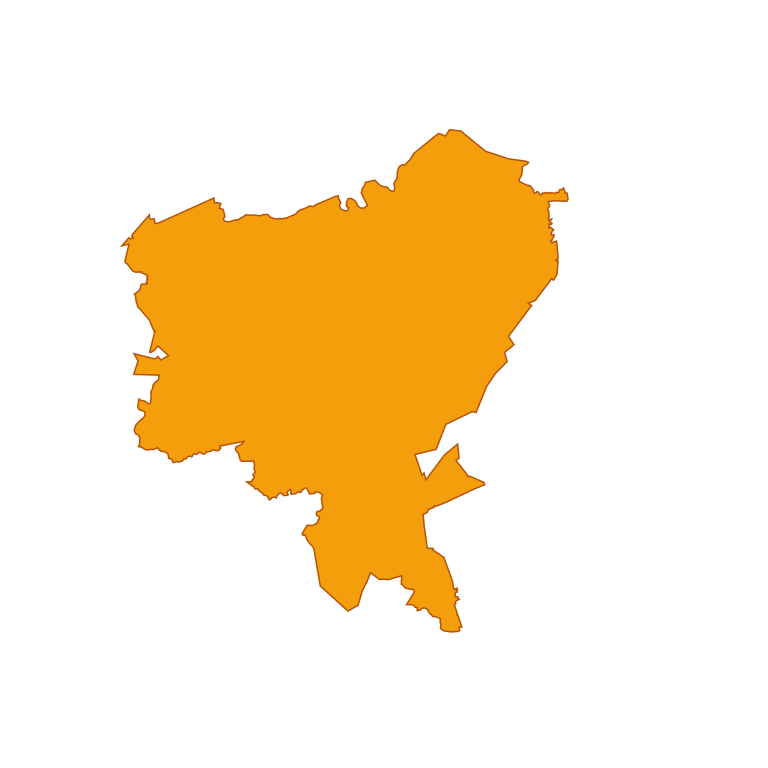 Buenavista de Cuéllar, Guerrero, Mexico, rotated 64°
{"feature_id": "50627088B77464015235470", "entity_name": "Buenavista de Cuéllar", "entity_type": "district", "adm_level": 2, "iso_a3": "MEX", "parent_name": "Mexico", "parent_adm1": "Guerrero", "projection": "natural_earth1", "projection_center": [-99.405, 18.469], "detail": "fine", "context": "isolated", "style": "filled", "palette": "amber", "viewbox_px": 768, "rotation_deg": 64, "n_neighbors": 0, "source": "geoboundaries", "source_scale": "gbopen_adm2", "svg_char_len": 6170}
<svg xmlns="http://www.w3.org/2000/svg" viewBox="0 0 768 768"><g transform="rotate(64 384 384)"><path d="M636.6,420.6L624.1,418.9L624.0,419.5L621.2,418.6L613.9,417.6L612.6,416.4L612.8,415.8L611.1,415.3L610.6,414.1L610.4,410.7L608.7,411.5L607.9,410.8L606.1,413.3L602.8,411.3L602.5,410.8L603.2,409.5L601.0,408.7L601.2,408.1L599.5,407.8L599.7,409.6L599.2,409.8L599.4,410.4L598.8,411.3L591.8,409.0L566.2,406.2L554.7,412.7L553.4,411.9L550.5,417.1L528.6,409.9L518.4,406.0L518.4,401.5L516.4,399.2L516.7,393.0L515.5,392.7L516.0,390.9L516.7,390.9L517.5,380.0L517.9,350.1L518.6,337.5L516.3,337.3L504.1,347.7L504.1,349.1L502.0,349.0L484.4,352.8L483.4,348.9L470.3,344.2L474.2,360.6L488.5,388.3L481.5,387.0L482.6,389.8L460.9,387.0L465.6,365.8L447.4,346.1L447.5,316.8L449.9,313.7L431.2,292.9L423.4,279.4L417.7,263.4L408.5,261.9L405.6,249.9L395.8,251.3L378.1,216.9L374.9,218.9L375.1,211.1L362.9,187.2L365.0,186.1L361.1,180.3L350.0,173.8L349.2,173.6L348.9,175.1L347.9,175.0L347.4,172.5L346.1,171.8L331.2,166.3L330.4,171.6L328.4,171.0L328.2,169.5L327.6,169.4L326.4,167.3L324.7,165.8L324.1,166.0L324.0,167.3L322.9,168.4L320.4,165.9L319.8,163.9L315.8,165.9L316.0,167.5L312.6,165.6L313.9,164.1L313.4,162.7L310.7,163.7L309.3,161.3L309.0,164.2L307.4,163.7L306.4,162.5L300.4,160.0L299.1,160.5L297.9,159.7L297.1,157.6L296.4,157.0L292.0,156.5L294.5,149.4L299.9,139.7L298.4,137.5L292.6,135.8L292.1,137.3L286.6,136.6L287.1,139.7L286.5,140.4L286.6,141.3L288.3,142.4L287.8,144.7L287.2,145.4L287.5,146.7L287.2,147.7L285.8,149.1L285.2,151.2L284.2,151.9L284.1,153.3L282.9,154.3L282.6,157.0L281.9,157.4L282.8,160.0L281.7,161.0L278.9,161.2L278.2,162.2L278.8,163.6L278.4,165.6L274.9,164.6L270.0,165.6L267.4,168.9L261.0,173.7L260.6,173.6L258.9,172.2L256.7,168.9L253.8,166.8L249.9,165.0L249.2,163.5L249.0,158.5L248.2,156.9L245.8,159.1L236.1,173.5L219.2,190.8L190.2,204.1L184.2,213.7L188.1,220.0L182.8,224.8L183.5,229.2L189.8,255.9L193.7,262.0L196.1,269.0L195.0,271.7L195.0,273.6L195.7,275.6L199.0,278.8L205.3,282.6L206.6,285.2L208.1,287.1L211.8,288.1L214.7,290.0L214.9,291.1L214.4,292.1L212.5,293.9L208.7,294.7L205.8,298.5L203.6,300.5L196.8,303.0L194.6,312.3L196.8,314.1L198.4,317.2L202.3,320.7L216.4,320.6L217.0,325.2L215.7,327.7L214.3,328.7L211.1,329.8L209.6,329.1L208.3,329.7L206.4,329.7L203.1,332.0L201.9,333.9L202.0,335.8L205.2,338.6L208.0,339.8L210.2,338.5L211.5,340.0L212.1,341.1L211.7,342.2L209.5,345.0L207.3,346.2L205.0,346.0L203.4,345.4L202.3,343.4L197.5,343.5L194.8,342.6L194.1,345.1L193.0,366.6L193.6,369.8L191.5,372.4L191.5,377.9L190.9,382.4L191.0,385.4L192.6,389.0L192.0,399.6L191.3,400.5L190.9,403.6L189.8,404.4L188.8,407.8L186.8,410.6L184.1,413.1L181.0,414.0L180.1,415.0L178.9,418.4L178.3,422.0L175.2,426.7L172.9,431.7L171.3,434.0L172.0,437.3L172.3,443.1L171.0,447.0L170.5,451.7L169.2,454.3L167.5,455.9L165.6,456.3L163.6,453.5L156.6,452.0L153.9,455.0L150.2,451.5L147.8,454.7L147.1,457.1L142.3,455.3L140.4,517.5L138.8,519.2L134.7,518.2L133.7,521.4L132.4,522.1L129.1,520.7L139.1,544.2L140.8,546.1L142.6,545.1L143.1,545.3L142.3,548.4L140.7,549.1L144.9,559.0L146.6,551.9L160.3,563.2L161.4,563.3L163.8,562.1L172.6,560.2L174.6,558.3L175.8,555.7L175.6,554.6L176.9,554.0L177.3,552.4L178.2,552.7L183.0,548.8L184.1,550.3L186.1,550.3L185.9,551.2L187.4,551.6L188.5,553.2L189.2,552.6L190.3,553.1L188.0,557.9L188.9,559.6L190.9,560.6L192.8,563.5L193.7,567.7L193.6,568.8L196.0,568.8L200.6,570.4L206.5,571.4L223.2,566.9L235.7,567.5L236.0,566.6L252.6,580.7L253.3,580.3L253.1,575.5L250.7,570.6L264.1,565.1L264.6,574.1L260.0,575.2L261.1,578.2L260.7,579.3L247.2,595.4L255.4,594.9L265.7,604.7L277.5,582.1L281.4,585.0L282.2,589.4L284.0,592.4L286.0,593.4L289.0,597.0L292.0,598.1L298.5,602.1L299.1,603.0L298.4,604.5L294.7,606.3L292.4,609.5L290.1,610.8L296.6,615.4L299.0,615.5L300.3,614.9L303.3,611.6L305.2,611.5L306.7,612.1L308.5,614.0L310.4,620.8L312.1,625.0L315.7,628.7L320.2,629.0L321.2,627.5L325.3,626.9L330.9,630.1L332.6,632.2L334.2,629.9L337.5,627.9L339.7,625.5L340.4,622.6L341.9,619.8L341.8,617.7L342.3,615.0L343.7,615.4L346.7,613.9L347.8,611.9L351.1,609.1L352.9,609.0L356.4,610.1L358.9,607.6L361.7,608.1L362.4,607.8L362.6,605.0L364.3,602.2L364.8,599.1L363.6,596.5L364.5,595.2L364.4,594.1L363.3,592.3L363.5,590.2L365.0,589.1L364.9,587.8L363.6,586.4L363.8,584.6L365.2,583.4L364.3,579.4L364.8,578.8L366.9,578.1L368.1,576.7L368.2,575.3L367.1,574.0L368.6,568.9L368.0,566.6L370.2,564.3L371.3,561.7L370.0,558.9L367.8,559.0L374.1,534.9L374.7,535.3L375.8,540.0L375.7,544.5L377.3,546.2L380.1,546.1L382.4,545.2L389.5,546.6L391.2,545.5L396.2,534.9L397.1,535.4L397.9,535.1L401.1,536.4L402.8,538.0L406.2,538.1L407.3,539.0L407.7,541.1L408.3,541.7L408.9,541.3L409.7,541.7L410.3,541.1L412.0,542.2L412.0,544.0L413.6,545.6L413.0,548.0L411.8,550.2L413.8,549.4L414.9,548.4L417.2,547.7L418.9,545.9L421.7,546.0L422.8,543.4L424.6,543.5L428.3,541.3L431.2,540.7L432.7,538.7L433.9,537.9L437.7,538.1L438.0,536.6L437.1,534.7L437.2,533.1L437.6,532.0L439.3,530.8L437.3,528.9L436.6,526.7L436.6,524.6L438.2,523.5L440.4,523.0L441.8,519.2L441.2,518.6L439.1,518.7L438.0,516.8L437.6,514.2L439.3,514.3L441.2,515.9L442.5,515.5L443.9,511.3L443.0,508.1L444.4,507.2L445.0,506.2L443.0,504.0L443.5,503.0L442.9,501.7L443.2,499.9L443.8,499.2L450.2,499.1L452.0,494.1L451.0,493.5L450.7,492.7L454.0,489.0L456.5,488.1L457.7,488.3L459.2,490.5L462.2,491.0L463.8,492.0L468.5,493.2L470.1,496.9L469.4,499.4L469.9,501.3L472.7,502.1L474.2,500.8L475.6,500.4L476.9,501.4L477.5,503.1L478.9,503.7L479.8,506.8L479.8,510.3L477.2,515.1L482.8,523.3L484.6,523.0L484.9,521.8L486.0,521.2L490.6,521.4L495.2,520.6L498.7,519.4L501.2,519.2L537.6,529.8L572.3,515.9L571.6,504.4L559.8,493.6L554.3,486.0L547.7,478.9L557.6,473.8L559.8,469.0L561.6,466.3L564.1,452.2L571.6,456.2L573.7,454.9L576.0,454.6L577.0,453.9L580.7,449.6L580.9,448.3L582.8,447.3L585.0,449.1L592.2,460.5L594.1,456.5L596.0,454.1L598.4,453.9L599.2,452.4L600.0,452.2L601.3,453.3L602.3,453.4L603.1,450.6L602.2,447.6L603.7,444.9L605.0,444.0L609.8,443.7L612.2,442.5L614.0,442.3L615.9,439.5L618.7,436.9L619.8,436.4L622.8,438.0L625.5,438.4L628.0,440.2L629.3,440.1L632.0,438.4L636.1,432.7L638.8,425.9L638.9,424.6L638.4,423.7L636.6,423.7L635.5,423.0L636.6,420.6Z" fill="#f59e0b" stroke="#b45309" stroke-width="1.5"/></g></svg>